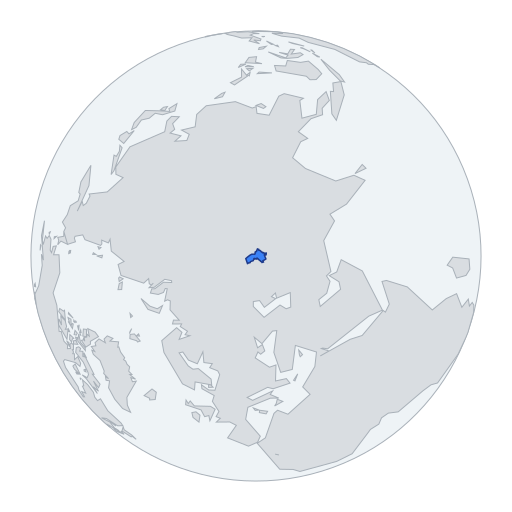 globe centered on South Kazakhstan, rotated 250°
{"feature_id": "KAZ-3251", "entity_name": "South Kazakhstan", "entity_type": "Region", "adm_level": 1, "iso_a3": "KAZ", "parent_name": "Kazakhstan", "parent_adm1": "", "projection": "orthographic", "projection_center": [68.818, 43.271], "detail": "fine", "context": "on_globe", "style": "filled", "palette": "blue", "viewbox_px": 512, "rotation_deg": 250, "n_neighbors": 0, "source": "natural_earth", "source_scale": "10m", "svg_char_len": 13146}
<svg xmlns="http://www.w3.org/2000/svg" viewBox="0 0 512 512"><g transform="rotate(250 256 256)"><circle cx="256" cy="256" r="225" fill="#eef3f6" stroke="#a8b0b8"/><path d="M292.3,33.7L291.1,33.6L286.3,32.8L285.9,33.0L291.8,34.3L295.8,35.2L302.3,41.6L320.3,51.9L331.1,55.0L324.8,54.8L348.5,61.4L361.5,69.3L343.7,60.6L339.5,60.0L346.8,65.1L344.0,65.7L345.9,68.7L341.9,69.1L331.8,64.6L329.1,65.0L334.4,68.7L333.8,71.8L326.4,66.2L324.5,71.3L307.3,65.9L290.7,52.7L277.9,52.0L252.5,45.2L251.7,47.1L241.5,46.4L236.8,48.5L233.4,47.1L232.5,50.0L236.5,50.9L237.5,52.6L235.0,54.1L230.3,52.4L230.8,51.4L228.2,51.7L226.9,50.4L226.2,51.9L220.7,50.0L222.4,54.1L215.1,54.5L212.5,52.8L217.5,50.0L224.1,40.8L223.0,39.1L216.4,38.9L193.8,44.1L190.6,43.8L182.7,45.5L182.3,46.7L188.2,45.9L185.4,49.1L193.0,48.4L193.0,49.7L198.9,50.6L192.8,53.8L183.6,56.6L178.4,56.2L174.3,57.6L175.0,61.0L161.2,63.8L145.1,72.1L142.1,72.8L143.8,67.9L154.5,59.8L156.8,55.5L150.0,61.9L142.6,64.3L139.1,66.4L136.5,68.7L137.2,69.3L133.6,71.1L138.9,65.0L142.3,63.2L140.6,65.0L145.5,61.4L149.1,58.2L145.1,60.2L151.6,56.4L166.2,49.4L181.2,43.5L196.5,38.7L212.2,35.0L228.1,32.5L244.2,31.0L260.3,30.8L276.4,31.6L292.3,33.7ZM298.1,35.6L292.2,34.3L287.9,33.2L293.1,34.1L298.1,35.6ZM305.9,39.1L302.4,38.4L303.2,37.4L305.0,38.1L305.9,39.1ZM339.4,57.5L335.1,55.0L340.2,57.3L339.4,57.5ZM346.9,69.1L349.0,69.7L349.1,71.0L346.9,69.1ZM201.8,48.9L200.4,49.7L200.0,49.1L201.8,48.9ZM205.8,48.6L206.4,47.3L208.4,47.0L208.0,47.8L205.8,48.6ZM343.1,73.1L342.7,75.3L341.4,72.2L343.1,73.1ZM204.5,50.4L211.8,46.7L215.2,46.3L216.4,49.1L204.5,50.4ZM341.3,76.1L340.3,82.1L344.8,83.8L331.4,82.9L336.7,77.8L334.4,73.5L338.2,76.0L341.3,76.1ZM238.8,50.6L234.5,49.7L240.4,49.2L238.8,50.6ZM242.4,49.9L259.1,46.9L264.3,49.3L257.6,49.6L266.2,52.0L260.5,54.6L254.5,53.9L252.3,51.8L251.8,54.5L242.4,49.9ZM324.1,81.7L322.4,82.6L322.3,80.8L324.1,81.7ZM238.3,53.3L241.2,52.3L245.9,54.2L241.0,56.6L241.0,55.2L238.3,53.3ZM271.2,51.6L273.8,53.6L270.0,56.3L270.5,57.5L260.8,54.9L271.2,51.6ZM238.7,55.5L238.3,57.8L233.9,58.3L235.8,54.4L238.7,55.5ZM249.3,53.8L251.3,54.9L248.5,55.0L249.3,53.8ZM217.9,61.9L221.3,60.3L224.0,61.2L217.9,61.9ZM238.5,58.6L240.0,58.5L241.5,58.7L240.3,60.4L238.5,58.6ZM258.8,57.1L256.6,57.9L262.5,58.3L259.9,60.5L253.9,58.5L255.4,60.3L254.6,61.0L250.6,58.7L258.8,57.1ZM243.5,62.8L235.0,61.5L228.2,64.1L225.5,63.3L237.1,59.4L243.5,62.8ZM248.0,60.5L244.6,61.7L243.1,60.0L244.4,58.2L248.0,60.5ZM260.2,62.9L265.8,59.9L266.9,60.5L260.2,62.9ZM241.8,63.9L243.9,64.2L241.5,64.2L241.8,63.9ZM254.9,63.4L256.7,62.3L258.0,62.9L254.9,63.4ZM246.6,66.0L243.8,65.5L244.6,64.1L246.6,66.0ZM250.6,65.1L251.9,66.3L246.6,63.9L251.3,64.4L250.6,65.1ZM255.8,64.3L257.1,64.3L254.8,64.7L255.8,64.3ZM245.0,71.7L238.1,69.0L240.0,65.9L246.4,68.8L245.0,71.7ZM112.1,429.4L107.8,425.5L94.6,412.3L74.6,383.2L75.1,376.4L72.2,366.7L60.9,336.3L63.1,326.6L61.0,318.6L56.0,313.9L53.9,304.2L51.2,300.2L37.3,278.7L35.4,261.6L38.5,223.6L42.7,217.9L47.5,205.4L79.6,193.1L81.9,202.6L102.0,219.1L103.7,223.5L96.4,231.9L107.5,259.5L117.0,255.1L132.0,273.5L145.1,280.0L158.5,262.4L137.0,251.3L138.2,239.4L159.3,239.8L178.8,250.0L179.8,245.8L171.6,231.6L180.3,226.6L169.2,226.1L170.6,231.7L163.8,231.8L162.1,226.8L165.2,225.0L160.5,220.4L146.9,230.6L146.8,237.5L131.9,231.6L130.4,242.6L124.9,244.5L125.4,226.7L128.6,222.0L126.1,199.3L121.5,203.5L123.5,225.5L121.0,222.0L114.7,228.8L117.5,220.9L116.6,196.6L106.0,190.4L85.2,198.4L80.5,193.8L79.9,183.9L94.8,167.1L103.6,179.6L109.0,174.6L113.5,161.9L115.7,167.0L118.7,163.6L122.6,168.0L134.3,165.3L139.2,169.0L149.8,159.8L153.7,160.7L146.3,165.7L143.9,171.5L156.9,181.3L161.1,180.8L166.9,174.3L169.8,178.1L173.7,170.6L184.1,173.3L174.8,164.0L181.3,156.9L190.8,154.4L191.3,150.6L175.9,154.7L171.2,158.0L169.9,163.3L155.7,171.7L150.0,170.3L158.5,155.7L151.2,152.4L161.0,143.2L196.8,136.5L208.7,138.5L215.8,156.9L209.6,160.3L203.9,155.2L203.7,166.6L206.3,162.4L208.7,165.9L215.6,160.7L217.6,162.9L220.7,154.3L224.0,156.5L221.9,161.9L234.8,156.8L243.1,160.1L245.1,157.9L244.8,154.7L255.6,161.4L256.5,159.6L253.4,156.6L253.3,151.0L257.3,144.1L260.8,146.8L259.8,149.7L263.0,160.1L259.9,167.7L261.7,168.2L265.3,162.3L261.4,149.5L262.8,144.6L265.6,150.2L264.6,147.8L266.4,146.2L271.5,147.4L268.9,141.2L283.9,122.5L295.2,123.5L296.0,130.2L310.1,121.7L321.7,124.6L318.8,121.7L323.7,116.4L320.1,115.3L319.1,113.6L329.8,100.9L335.1,100.4L336.4,92.7L334.9,91.4L331.1,91.2L331.4,82.9L344.8,83.8L347.6,86.7L354.1,85.7L359.4,92.8L366.8,98.7L368.7,107.8L374.4,112.0L376.3,111.2L385.5,116.8L397.7,131.9L379.3,123.1L359.3,103.4L366.8,111.4L362.5,110.9L363.6,114.6L369.1,120.5L371.3,120.4L367.1,138.1L375.1,157.9L380.7,152.3L387.6,154.7L401.7,174.9L404.0,212.7L413.3,218.4L416.1,224.4L413.1,231.5L408.9,222.9L402.8,222.9L400.9,217.3L394.6,226.6L391.6,219.0L388.2,230.5L393.2,234.9L399.8,229.1L398.2,243.0L409.3,248.7L414.2,260.6L408.1,289.4L396.3,303.1L396.3,307.2L389.7,305.7L383.8,316.5L398.4,332.1L398.9,338.0L388.0,354.5L387.2,350.4L369.8,346.3L368.5,361.1L381.9,367.4L386.5,378.1L377.1,378.1L372.2,368.7L366.0,366.9L366.2,354.6L358.3,338.3L348.8,344.8L348.1,337.1L335.8,324.0L321.3,332.4L299.2,356.6L298.4,375.6L289.8,384.4L273.8,358.8L270.0,339.8L262.1,341.8L247.3,324.9L215.8,321.1L213.2,315.4L206.9,316.9L196.8,309.7L193.5,300.1L186.6,299.1L195.8,324.1L203.4,325.2L212.5,318.1L213.4,326.4L223.4,334.8L205.6,350.8L161.9,356.3L160.9,341.4L144.3,291.6L146.6,287.3L146.7,286.8L146.7,285.7L141.8,292.1L140.1,282.2L145.5,316.0L145.0,328.6L161.3,356.9L159.0,358.4L165.2,364.8L189.0,365.7L188.4,370.2L175.2,387.6L145.0,403.2L150.9,420.2L152.0,431.6L137.4,431.9L142.9,440.8L136.0,439.4L138.4,443.3L135.3,443.9L128.5,441.2L112.5,429.6L112.1,429.4ZM63.3,206.2L61.2,209.5L63.3,206.2ZM196.1,271.2L209.9,275.7L209.3,260.9L214.6,261.6L212.5,256.6L209.2,259.9L204.9,246.3L212.9,244.1L214.1,237.9L209.5,236.2L195.6,242.6L201.7,261.8L196.1,266.3L196.1,271.2ZM142.3,64.6L141.7,65.2L138.5,67.6L139.1,66.7L142.3,64.6ZM130.3,78.0L124.7,80.7L129.1,77.9L128.7,76.9L137.4,70.2L141.0,72.8L137.8,72.7L130.3,78.0ZM150.0,62.7L144.1,66.2L150.4,62.3L150.0,62.7ZM130.8,142.2L130.1,146.3L125.6,148.9L119.4,145.6L125.9,141.6L130.8,142.2ZM130.2,151.7L140.3,139.0L144.6,141.0L140.5,141.9L142.3,144.6L136.2,146.8L130.3,161.8L126.0,165.2L116.9,156.3L122.2,157.1L122.6,152.8L130.2,151.7ZM158.7,107.4L163.1,103.1L166.6,112.8L162.1,115.7L155.6,112.2L157.1,106.8L158.7,107.4ZM205.2,56.6L206.7,55.2L208.0,55.5L207.9,57.0L205.2,56.6ZM219.3,61.1L200.2,63.3L200.9,61.8L188.9,65.6L186.1,63.0L194.0,60.5L182.8,61.7L188.8,58.4L181.0,59.9L198.9,54.5L203.8,52.0L199.4,55.7L201.8,58.0L204.3,58.3L215.2,57.4L227.1,53.6L231.4,55.8L231.3,58.3L229.1,59.6L227.0,57.7L225.6,60.7L220.9,58.9L219.3,61.1ZM227.5,93.4L226.0,89.6L222.3,97.5L217.6,94.9L217.5,96.0L212.1,95.9L205.3,97.8L203.9,96.1L201.9,97.6L198.3,97.8L195.1,99.4L191.3,97.0L187.1,98.9L187.8,96.8L181.4,100.7L184.5,96.8L180.1,96.9L179.4,100.7L167.3,86.3L159.9,84.1L152.0,84.7L158.3,78.5L169.7,74.3L182.6,72.4L188.8,75.7L190.5,72.6L194.1,73.3L191.2,75.5L197.7,72.7L199.8,74.0L211.2,73.7L219.2,69.5L223.6,69.5L221.5,71.8L227.3,70.3L226.4,74.8L229.6,75.1L231.8,80.1L226.0,84.8L229.9,84.8L231.8,88.9L227.5,93.4ZM245.3,73.1L239.5,78.8L234.1,80.4L232.5,71.2L229.8,70.3L228.6,65.0L236.5,63.0L236.1,64.6L237.6,65.8L234.5,65.9L238.1,66.7L237.7,69.2L240.3,70.5L237.7,71.9L245.3,73.1ZM108.7,222.2L110.5,224.6L114.1,227.0L110.2,231.5L108.7,222.2ZM107.7,205.6L109.8,206.7L106.1,213.8L104.2,211.5L107.7,205.6ZM114.2,201.5L110.2,206.2L111.2,202.4L114.2,201.5ZM148.7,166.5L151.3,167.4L150.4,169.3L147.4,170.8L148.7,166.5ZM215.7,118.1L215.7,115.3L217.2,114.9L221.5,109.2L225.4,110.9L224.3,115.1L215.7,118.1ZM153.0,264.0L147.4,266.0L146.2,263.1L148.4,263.0L153.0,264.0ZM126.4,248.8L131.0,254.9L125.3,249.9L126.4,248.8ZM220.6,119.1L221.9,116.4L223.0,119.0L220.6,119.1ZM228.4,112.0L230.3,114.4L226.4,110.5L228.4,112.0ZM187.6,440.5L180.4,455.2L170.4,452.4L165.9,446.7L166.7,436.9L177.5,436.7L182.0,432.5L187.6,440.5ZM426.6,380.8L430.7,378.1L430.5,378.9L426.6,380.8ZM422.3,381.8L427.4,378.3L421.1,384.0L422.3,381.8ZM429.3,376.9L434.4,371.7L436.6,368.8L436.0,370.5L429.3,376.9ZM418.7,384.3L397.9,396.3L389.2,398.7L391.6,395.1L405.6,388.6L418.7,384.3ZM390.9,395.4L377.2,394.0L356.0,377.9L363.6,375.9L385.3,382.2L384.0,385.1L392.3,387.4L390.9,395.4ZM422.7,364.1L421.2,371.9L410.1,378.2L404.8,380.1L401.2,372.9L403.2,367.0L407.7,364.8L423.0,338.2L428.7,338.6L424.4,348.9L429.0,352.3L422.7,364.1ZM299.6,377.2L305.7,387.1L300.8,389.4L299.6,377.2ZM427.8,321.8L422.6,333.6L426.9,319.6L427.8,321.8ZM429.5,309.6L430.6,313.3L427.5,311.3L429.5,309.6ZM397.5,313.0L392.9,316.4L392.1,313.5L397.5,307.5L397.5,313.0ZM418.0,270.6L420.5,279.4L420.5,282.9L417.1,279.0L418.0,270.6ZM255.4,133.4L245.1,139.2L240.2,145.2L241.4,151.2L235.2,145.5L242.8,136.2L255.4,133.4ZM280.0,123.4L278.8,118.7L282.3,119.4L283.0,120.6L280.0,123.4ZM277.3,121.5L270.4,118.3L271.6,114.8L276.8,118.0L277.3,121.5ZM245.2,118.0L241.8,119.4L241.0,117.2L245.2,118.0ZM395.0,433.3L390.5,436.6L395.4,432.6L397.8,427.1L399.8,425.9L403.0,419.7L423.2,400.7L438.9,378.1L446.0,371.1L453.9,355.2L459.9,347.1L455.8,357.5L459.4,352.8L468.5,329.0L466.9,335.1L460.1,351.3L452.1,367.0L442.8,381.9L432.4,396.1L420.9,409.5L408.4,421.9L395.0,433.3ZM436.8,373.1L443.2,363.0L446.1,359.7L436.8,373.1ZM474.4,311.3L473.8,313.6L472.6,315.0L469.5,325.1L463.8,335.2L465.8,329.7L465.5,326.2L458.2,334.9L456.8,333.7L459.8,327.8L454.3,331.9L460.4,323.1L462.5,326.8L465.7,317.1L470.3,310.6L473.9,304.9L475.8,303.1L475.0,306.7L475.3,307.4L474.4,311.3ZM459.5,337.7L460.4,336.4L459.3,339.5L459.5,337.7ZM476.4,300.4L478.9,287.4L479.2,285.7L477.4,296.9L476.4,300.4ZM478.7,285.7L479.4,282.9L479.5,284.1L479.3,285.7L478.7,285.7ZM447.1,346.2L446.7,348.4L445.0,348.7L447.1,346.2ZM449.5,342.8L454.5,339.3L448.9,344.9L449.5,342.8ZM432.0,351.7L433.8,354.8L439.4,347.4L435.1,355.0L438.5,359.1L436.9,362.8L433.7,358.2L431.8,367.2L429.2,369.1L428.2,363.3L431.1,352.7L433.6,347.2L443.6,337.3L432.0,351.7ZM449.6,337.4L448.2,333.6L449.2,329.0L450.8,330.3L449.6,337.4ZM443.1,324.7L438.4,321.8L434.7,327.4L441.3,312.0L445.0,317.3L443.1,324.7ZM437.9,313.5L434.6,318.7L437.6,310.4L437.9,313.5ZM433.4,317.3L432.2,313.0L435.2,311.3L433.4,317.3ZM439.8,312.2L439.2,303.8L441.4,307.2L439.8,312.2ZM429.0,303.6L436.7,306.3L427.9,309.4L424.1,294.3L427.6,291.3L429.0,303.6ZM426.7,223.9L423.9,220.0L426.1,216.3L427.4,220.0L426.7,223.9ZM430.6,201.8L425.8,214.0L421.4,224.4L424.3,224.6L426.2,233.8L420.0,229.3L420.7,216.5L424.6,210.1L422.0,202.8L423.0,194.8L417.9,187.4L417.3,182.3L423.1,187.2L430.6,201.8ZM415.5,184.5L407.0,170.2L412.6,167.0L415.7,169.4L417.2,177.2L414.2,178.4L415.5,184.5ZM406.6,166.0L403.5,167.2L384.7,151.7L382.1,147.7L399.4,157.1L397.4,158.8L401.1,163.4L406.6,166.0ZM324.6,83.8L322.6,82.7L325.0,82.7L324.6,83.8ZM317.0,113.2L316.0,110.8L318.8,110.7L317.0,113.2ZM314.7,104.3L312.2,106.1L313.4,103.1L314.7,104.3ZM307.0,110.5L310.6,106.3L309.2,112.0L307.0,110.5Z" fill="#d9dde1" stroke="#a8b0b8" stroke-width="1"/><path d="M262.0,259.6L261.9,259.7L261.9,259.8L262.1,259.9L262.1,260.0L261.9,260.1L261.7,260.2L261.5,260.3L261.4,260.4L261.4,260.5L261.3,260.8L261.2,260.8L260.9,260.7L260.6,260.6L260.4,260.8L260.3,261.0L260.2,261.1L260.0,261.4L259.9,261.6L259.7,261.7L259.5,261.8L259.4,261.9L259.3,262.0L259.2,262.1L258.9,262.2L258.6,262.2L258.4,262.3L258.2,262.4L258.1,262.5L257.9,262.7L257.7,262.8L257.7,263.0L257.4,263.1L257.2,263.1L257.0,263.3L256.9,263.3L256.7,263.4L256.6,263.5L256.7,263.9L256.7,264.1L256.4,264.3L256.2,264.3L256.1,264.5L255.9,264.6L255.7,264.8L255.7,265.0L255.4,265.1L255.3,265.3L255.3,265.5L255.2,265.5L255.2,265.9L255.2,266.0L255.3,266.0L255.4,266.3L255.4,266.5L255.2,266.5L255.1,266.4L255.1,266.5L254.9,266.5L254.6,266.4L254.4,266.2L254.2,266.2L253.9,265.9L253.7,265.7L253.8,265.5L253.8,265.4L253.9,265.2L253.9,264.9L254.0,264.8L253.9,264.8L253.9,264.7L253.8,264.8L253.8,264.7L253.7,264.7L253.5,264.4L253.4,264.3L253.4,264.2L253.2,264.2L253.1,264.3L253.0,264.2L252.9,264.2L252.5,264.2L252.1,264.2L251.8,264.2L251.5,264.2L251.1,264.3L250.7,264.3L250.4,264.3L250.1,264.3L249.9,264.3L249.8,264.2L249.7,264.1L249.6,263.5L249.5,262.9L249.4,262.4L249.3,261.9L249.3,261.4L249.2,260.9L248.8,260.9L248.5,260.9L248.2,260.9L247.8,260.9L247.8,260.0L247.9,259.4L248.1,259.4L248.3,259.5L249.3,258.6L249.7,258.4L250.0,258.5L250.6,258.0L252.0,257.1L253.4,256.4L253.6,256.3L253.5,256.2L253.3,256.1L253.3,255.8L253.2,255.8L253.2,255.6L253.0,256.0L252.9,255.6L253.2,255.4L253.3,255.0L253.5,254.7L253.5,254.3L253.8,254.4L253.9,254.1L253.9,253.9L253.8,253.7L254.0,253.5L254.3,253.5L254.3,253.2L253.6,252.7L253.3,252.4L253.1,252.2L252.9,252.1L252.6,251.9L252.6,248.9L252.4,248.6L252.0,248.4L251.8,248.2L251.8,247.7L252.0,246.8L252.2,246.4L252.1,246.0L251.8,245.8L251.8,245.4L257.0,245.5L257.3,246.1L257.9,247.7L258.8,250.5L259.1,252.4L259.1,252.7L259.0,252.9L258.3,255.0L258.1,255.3L258.2,255.5L258.3,255.6L258.3,255.8L258.5,256.0L258.9,256.2L259.1,256.2L259.3,256.2L259.5,256.3L259.7,256.7L259.8,256.8L260.0,256.8L260.0,257.0L260.2,257.3L260.1,257.6L260.2,258.0L260.3,258.2L260.6,258.3L260.9,258.5L261.0,258.6L261.1,258.8L261.5,259.2L261.8,259.4L262.0,259.6L262.0,259.6Z" fill="#3b82f6" stroke="#1e3a8a" stroke-width="1.5"/></g></svg>